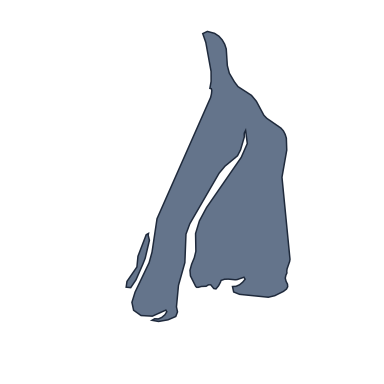 Bến Tre, Equal Earth projection, rotated 60°
{"feature_id": "VNM-504", "entity_name": "Bến Tre", "entity_type": "Province", "adm_level": 1, "iso_a3": "VNM", "parent_name": "Vietnam", "parent_adm1": "", "projection": "equal_earth", "projection_center": [106.493, 10.078], "detail": "fine", "context": "isolated", "style": "filled", "palette": "slate", "viewbox_px": 384, "rotation_deg": 60, "n_neighbors": 0, "source": "natural_earth", "source_scale": "10m", "svg_char_len": 1631}
<svg xmlns="http://www.w3.org/2000/svg" viewBox="0 0 384 384"><g transform="rotate(60 192 192)"><path d="M206.2,91.6L224.2,106.7L299.3,140.8L301.0,142.2L306.1,148.1L307.9,149.5L309.6,150.3L311.0,152.3L313.2,154.3L316.4,155.2L319.6,155.4L321.9,156.5L323.3,158.7L323.8,162.5L323.2,172.1L321.3,178.5L304.4,202.0L299.4,205.9L294.1,204.2L295.7,201.0L296.1,197.1L295.4,193.1L294.1,189.6L291.8,189.6L290.4,196.8L289.6,198.5L285.6,204.1L283.8,207.5L283.1,211.1L284.3,212.4L286.5,215.9L287.9,219.7L286.5,221.4L281.7,222.2L280.6,224.2L280.7,226.9L278.5,231.1L277.7,234.2L276.9,235.6L275.6,236.0L263.9,235.3L258.8,232.9L254.4,228.5L250.1,222.9L245.3,218.3L229.8,209.7L220.7,200.0L212.7,187.1L186.6,132.0L177.7,119.9L165.5,114.8L167.1,117.2L168.8,118.3L170.4,119.1L179.8,128.9L183.4,134.5L186.1,150.5L189.3,159.2L218.4,209.8L225.5,218.3L249.6,233.5L266.1,250.4L283.7,262.9L288.6,264.5L291.7,268.3L290.7,276.7L287.4,285.7L283.1,290.8L283.1,287.7L285.1,284.6L285.5,280.8L284.8,276.9L283.1,273.7L281.2,273.7L279.7,288.4L273.5,297.9L265.2,301.7L257.5,299.2L250.2,291.3L231.8,264.5L224.1,256.7L197.6,235.6L119.5,128.7L116.9,126.2L114.0,124.1L112.2,123.6L111.2,124.7L105.7,120.1L97.1,115.2L69.5,105.3L60.2,103.5L60.6,98.4L65.9,93.1L70.5,90.8L75.4,89.8L80.3,89.8L85.2,90.8L100.2,98.2L107.8,100.3L117.8,100.2L123.7,99.5L138.0,92.2L145.6,90.9L161.5,91.4L165.6,90.4L181.2,83.0L184.9,82.3L188.7,82.5L192.6,83.4L203.1,89.0L206.2,91.6ZM229.8,270.5L240.1,284.5L244.2,292.9L241.5,296.6L236.9,293.0L229.4,277.2L220.6,270.9L206.1,253.0L206.1,250.4L207.6,251.6L212.5,253.0L226.0,265.7L229.8,270.5Z" fill="#64748b" stroke="#1e293b" stroke-width="1.5"/></g></svg>